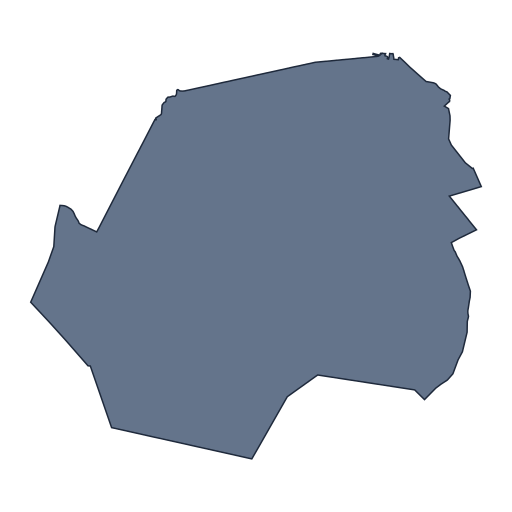 Milpa Alta, Distrito Federal, Mexico (orthographic projection)
{"feature_id": "50627088B10740094064214", "entity_name": "Milpa Alta", "entity_type": "district", "adm_level": 2, "iso_a3": "MEX", "parent_name": "Mexico", "parent_adm1": "Distrito Federal", "projection": "orthographic", "projection_center": [-99.043, 19.138], "detail": "fine", "context": "isolated", "style": "filled", "palette": "slate", "viewbox_px": 512, "rotation_deg": 0, "n_neighbors": 0, "source": "geoboundaries", "source_scale": "gbopen_adm2", "svg_char_len": 5238}
<svg xmlns="http://www.w3.org/2000/svg" viewBox="0 0 512 512"><path d="M446.8,91.8L446.7,91.8L445.9,91.5L445.2,91.2L444.7,90.9L444.1,90.4L443.8,90.3L443.7,90.2L441.4,89.2L440.8,88.9L440.4,88.6L440.0,88.3L439.4,87.8L438.9,87.4L438.4,87.0L437.6,85.9L437.1,85.3L436.8,84.9L436.5,84.5L435.9,83.9L435.7,83.8L434.3,83.1L434.0,83.0L433.0,82.7L432.9,82.7L426.8,81.6L426.2,81.6L417.1,73.6L413.0,69.9L412.9,69.8L410.0,67.3L404.7,62.1L399.7,57.4L398.6,57.8L398.3,59.7L396.9,59.6L395.6,59.4L394.7,59.4L393.9,59.3L393.7,57.3L393.5,56.4L393.4,55.8L393.3,55.1L393.3,54.8L393.2,54.5L393.1,54.0L392.9,53.6L391.9,53.7L391.5,53.7L389.7,53.5L389.3,56.0L389.3,56.4L388.5,59.1L387.8,58.9L387.3,58.7L387.7,57.2L387.3,56.6L387.2,56.5L386.6,56.2L385.8,56.0L385.0,55.8L385.0,54.3L385.5,54.0L385.6,53.6L383.5,53.5L382.0,53.1L381.6,53.9L380.5,53.4L380.2,54.0L379.9,55.2L377.9,54.7L374.8,53.9L373.2,53.4L372.9,54.5L379.3,56.0L376.4,56.5L376.0,56.5L375.0,56.6L373.1,56.8L371.1,57.0L370.9,57.0L370.1,57.1L369.1,57.2L367.3,57.4L367.2,57.4L364.3,57.7L363.4,57.7L361.3,57.9L360.6,58.0L357.2,58.3L354.8,58.6L353.8,58.7L352.9,58.7L352.5,58.8L351.5,58.9L347.3,59.3L347.1,59.3L345.6,59.4L345.0,59.5L342.2,59.7L341.6,59.8L340.7,59.9L337.6,60.2L336.9,60.2L334.3,60.5L333.1,60.6L331.1,60.8L330.4,60.9L326.1,61.3L325.5,61.3L323.4,61.5L315.1,62.3L309.4,63.6L306.8,64.1L304.4,64.7L303.1,64.9L302.1,65.2L301.8,65.2L301.1,65.4L300.7,65.5L299.3,65.8L298.3,66.0L293.9,66.9L291.7,67.4L290.3,67.7L289.5,67.9L288.9,68.1L288.2,68.2L287.7,68.3L282.5,69.5L280.0,70.0L277.3,70.6L276.5,70.8L274.6,71.2L267.8,72.7L266.2,73.0L264.6,73.4L260.0,74.4L259.2,74.6L258.4,74.7L255.4,75.4L253.2,75.9L251.1,76.4L250.3,76.5L244.6,77.8L242.2,78.3L239.0,79.0L238.0,79.2L235.8,79.7L234.8,79.9L232.1,80.5L227.8,81.5L225.2,82.0L222.4,82.6L217.7,83.7L215.7,84.1L213.6,84.6L213.4,84.6L212.7,84.8L211.9,85.0L211.5,85.0L211.2,85.1L210.1,85.4L208.6,85.7L208.0,85.8L206.8,86.1L205.8,86.3L204.5,86.6L203.4,86.8L202.2,87.1L200.7,87.4L199.3,87.7L195.2,88.6L191.2,89.5L190.6,89.6L189.4,89.9L185.9,90.6L185.5,90.7L185.3,90.8L183.7,91.0L182.3,91.1L181.1,91.0L180.6,91.0L180.1,90.9L179.8,90.8L179.5,90.7L178.8,90.2L178.4,89.8L178.2,89.7L177.8,89.6L177.6,89.6L177.4,89.7L177.2,89.9L177.1,90.0L176.9,90.2L176.8,90.4L176.7,90.5L176.6,92.9L176.5,93.7L176.5,94.0L176.4,94.4L176.2,94.8L175.5,95.8L175.4,96.0L175.2,96.2L175.0,96.3L174.9,96.4L174.6,96.4L174.3,96.3L174.0,96.3L173.6,96.2L173.4,96.2L173.1,96.1L172.9,96.1L172.7,96.2L172.4,96.2L172.1,96.3L170.4,96.9L170.0,97.0L169.7,97.1L169.4,97.1L169.2,97.1L168.5,97.1L168.4,97.2L168.1,97.2L167.9,97.2L167.8,97.3L167.7,97.3L167.5,97.5L167.4,97.7L166.4,98.8L166.2,99.0L166.1,99.3L166.0,99.6L166.0,99.9L165.9,101.0L165.8,101.4L165.8,101.6L165.6,101.8L165.2,102.0L164.7,102.2L164.5,102.3L164.3,102.4L164.1,102.5L163.9,102.8L162.6,104.4L162.4,104.7L162.3,104.8L162.2,105.0L162.1,105.3L162.1,105.7L162.0,106.2L162.0,107.1L161.9,108.0L161.8,109.7L161.7,110.6L161.6,111.5L161.6,112.2L161.5,113.3L161.4,113.8L161.2,114.2L161.2,114.3L160.9,114.7L160.4,115.0L159.4,115.7L159.0,115.9L157.3,117.0L157.2,117.1L155.9,117.9L155.8,118.1L155.7,118.3L155.7,118.5L155.7,118.8L155.8,119.0L156.2,119.3L156.1,119.5L156.0,119.8L154.9,119.6L154.7,120.1L153.8,121.7L144.1,140.5L141.5,145.5L141.1,146.2L139.7,149.0L139.0,150.3L137.3,153.5L126.1,175.1L125.1,177.0L101.4,223.0L99.3,227.1L96.7,231.9L86.5,227.1L85.3,226.5L83.7,225.7L82.8,225.5L81.8,225.0L81.0,224.7L80.5,224.3L79.7,223.7L79.0,223.1L78.7,222.1L78.1,220.8L77.3,219.6L76.6,218.6L76.2,218.0L75.7,217.1L75.2,216.2L74.7,215.0L74.3,214.0L74.0,213.3L73.6,212.6L73.2,211.7L72.7,211.0L72.1,210.4L71.5,209.7L70.9,209.1L70.3,208.7L70.0,208.6L68.9,207.9L67.6,207.1L66.6,206.6L66.0,206.3L65.1,206.0L64.4,205.8L63.0,205.6L61.9,205.5L60.0,205.4L59.8,206.5L55.3,225.5L55.0,227.0L53.8,246.6L50.6,255.6L48.4,261.9L30.7,302.2L49.0,321.8L65.9,340.5L88.0,365.8L90.3,366.0L90.7,367.1L111.6,427.6L154.9,437.3L156.4,437.6L246.9,457.8L251.8,458.9L258.6,447.1L275.5,417.4L287.3,396.7L315.1,376.8L317.7,375.0L414.7,389.9L417.3,392.5L424.5,399.6L435.8,388.1L440.8,384.3L447.4,380.0L452.9,373.8L458.1,359.8L462.4,351.8L467.1,332.2L467.3,321.4L467.9,319.0L468.1,318.3L468.5,316.3L467.9,313.4L467.9,313.1L467.8,311.0L468.1,309.0L468.3,308.1L469.2,302.1L469.3,301.3L470.1,297.4L470.4,291.2L469.8,289.4L468.2,284.7L467.8,283.4L466.0,277.8L464.1,271.7L464.0,271.1L463.2,268.8L462.7,267.1L461.9,265.3L461.6,264.7L461.4,264.2L461.2,263.8L460.9,263.2L460.2,261.7L460.0,261.2L459.8,260.8L459.4,260.2L458.9,259.2L458.3,258.2L457.6,257.1L457.0,256.1L456.7,255.4L455.2,251.8L455.1,251.7L454.2,250.5L454.1,250.4L453.3,248.2L452.9,247.2L452.3,245.5L451.3,242.6L458.6,238.6L459.5,238.1L465.3,235.3L466.1,234.9L476.5,229.8L468.6,220.1L468.3,219.6L466.2,217.0L465.3,216.0L465.0,215.6L463.8,214.1L462.7,212.7L460.7,210.3L459.3,208.5L458.4,207.3L457.0,205.7L455.2,203.4L453.8,201.7L449.3,196.1L453.0,195.0L481.3,186.6L475.9,174.3L473.2,168.2L472.4,168.5L465.3,162.8L451.3,145.0L448.6,138.9L450.1,120.4L450.0,115.9L448.7,109.6L448.6,108.9L448.5,108.6L444.3,106.1L446.7,103.9L447.9,102.8L448.9,101.9L449.2,101.7L449.5,101.6L449.7,100.7L449.6,99.8L449.1,99.1L449.9,98.5L450.0,97.8L450.3,95.9L450.4,95.4L448.6,93.6L447.1,92.0L446.8,91.8Z" fill="#64748b" stroke="#1e293b" stroke-width="1.5"/></svg>